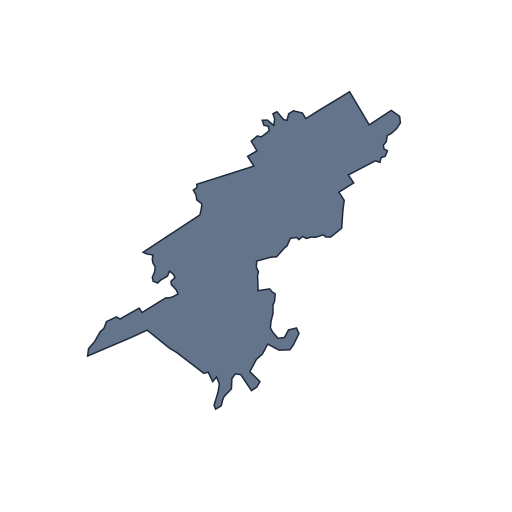 Viadutos, Rio Grande do Sul, Brazil, rotated 58°
{"feature_id": "56859067B3456696315271", "entity_name": "Viadutos", "entity_type": "district", "adm_level": 2, "iso_a3": "BRA", "parent_name": "Brazil", "parent_adm1": "Rio Grande do Sul", "projection": "equal_earth", "projection_center": [-51.984, -27.576], "detail": "fine", "context": "isolated", "style": "filled", "palette": "slate", "viewbox_px": 512, "rotation_deg": 58, "n_neighbors": 0, "source": "geoboundaries", "source_scale": "gbopen_adm2", "svg_char_len": 2015}
<svg xmlns="http://www.w3.org/2000/svg" viewBox="0 0 512 512"><g transform="rotate(58 256 256)"><path d="M232.4,417.5L236.7,423.2L237.7,428.4L243.1,438.3L245.8,447.1L251.6,451.8L258.9,405.3L261.2,387.6L288.1,378.3L295.8,374.4L327.7,362.5L329.3,358.1L339.6,359.3L337.7,353.6L345.0,354.8L351.2,360.2L360.3,370.6L364.5,371.4L364.6,364.8L360.8,361.0L358.3,357.6L355.6,347.2L347.3,341.5L345.0,336.1L348.5,331.8L367.8,331.2L367.6,324.8L364.6,319.2L350.8,322.5L343.9,310.5L342.6,302.6L336.9,292.8L348.0,286.4L353.5,277.0L351.3,271.5L344.5,260.6L338.5,259.8L335.9,267.5L340.2,275.1L337.5,280.9L329.7,282.2L324.7,281.9L319.6,278.1L313.7,272.0L306.7,267.7L304.3,264.3L298.3,259.8L295.2,261.3L291.1,261.9L286.5,272.6L273.2,264.9L270.7,262.2L265.9,261.8L260.7,258.1L264.8,244.2L267.6,238.9L264.4,228.0L263.8,224.2L259.2,217.4L261.9,211.7L264.8,211.0L264.1,206.1L267.8,204.1L269.2,199.1L271.8,195.4L273.6,187.9L276.9,186.7L279.5,182.6L277.8,168.6L264.0,158.6L255.5,151.7L245.8,151.9L245.8,145.3L245.8,134.4L236.2,134.8L238.5,104.3L242.3,101.3L238.9,97.8L239.9,93.5L236.4,88.8L232.9,90.7L229.5,89.2L228.1,85.0L223.4,80.9L223.8,76.5L222.5,69.2L219.6,63.0L213.7,60.2L204.2,64.1L204.8,90.5L197.6,90.3L166.3,89.6L165.8,125.5L165.9,140.9L159.3,140.9L152.7,147.3L152.7,152.9L157.4,157.9L154.9,160.3L144.8,161.8L144.3,166.2L149.7,167.5L154.6,171.8L146.8,174.3L144.2,178.8L149.4,180.0L152.3,176.9L156.6,178.2L157.3,182.2L157.8,188.4L154.9,191.2L156.0,199.2L167.3,199.5L167.0,210.3L178.6,210.2L163.8,268.3L166.7,269.8L166.9,274.3L172.6,274.5L177.0,276.5L183.1,274.3L186.9,277.3L191.4,281.8L193.0,349.8L196.5,347.4L200.4,343.0L204.2,345.9L207.7,347.2L211.9,347.2L215.8,350.5L219.2,355.3L222.9,356.6L226.8,353.8L225.9,349.1L226.2,341.8L223.0,337.4L227.4,335.8L231.4,336.1L232.4,341.5L235.5,343.0L238.4,342.3L242.7,341.6L246.8,342.2L246.6,347.6L245.6,351.6L243.7,354.8L243.6,362.1L243.6,375.8L243.5,382.6L238.3,382.7L237.5,400.4L237.4,404.7L233.7,406.6L233.0,412.5L232.4,417.5Z" fill="#64748b" stroke="#1e293b" stroke-width="1.5"/></g></svg>